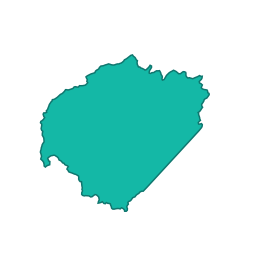 the district of Itaju do Colônia, Bahia, Brazil, rotated 235°
{"feature_id": "56859067B77750533051521", "entity_name": "Itaju do Colônia", "entity_type": "district", "adm_level": 2, "iso_a3": "BRA", "parent_name": "Brazil", "parent_adm1": "Bahia", "projection": "mercator", "projection_center": [-39.711, -15.16], "detail": "fine", "context": "isolated", "style": "filled", "palette": "teal", "viewbox_px": 256, "rotation_deg": 235, "n_neighbors": 0, "source": "geoboundaries", "source_scale": "gbopen_adm2", "svg_char_len": 3976}
<svg xmlns="http://www.w3.org/2000/svg" viewBox="0 0 256 256"><g transform="rotate(235 128 128)"><path d="M185.3,173.6L185.9,171.9L185.8,170.5L185.7,168.8L185.6,166.9L185.7,165.4L185.9,164.2L185.3,162.8L185.1,161.1L185.1,159.7L185.5,158.5L185.7,157.3L186.6,156.0L187.1,154.5L187.4,153.2L188.1,151.9L189.4,150.6L190.8,149.6L191.7,148.8L192.1,147.2L192.7,145.5L193.2,143.4L194.3,141.3L194.0,139.3L193.3,138.3L193.2,137.1L193.4,135.4L193.2,133.9L192.3,132.6L192.9,130.6L193.5,128.8L193.9,126.1L194.1,124.5L194.0,122.9L192.6,122.6L191.0,122.4L189.8,121.0L188.2,121.0L187.8,119.5L187.6,117.6L188.6,115.3L189.6,113.7L190.5,112.5L190.0,111.0L190.7,109.7L191.8,108.9L192.5,107.5L192.0,105.6L192.4,104.1L192.9,102.4L193.5,100.7L194.6,99.7L195.2,98.8L194.5,97.0L194.1,94.9L194.0,93.5L194.3,92.0L194.0,89.8L193.7,87.8L193.7,86.1L193.8,84.0L194.6,82.3L193.7,81.2L193.5,79.8L193.0,78.7L192.4,77.1L191.5,75.9L190.5,74.4L189.3,72.7L188.9,70.9L187.5,70.4L187.7,69.1L188.7,67.6L188.0,66.4L186.8,66.0L185.6,65.6L184.3,65.7L183.6,63.7L183.3,61.8L183.4,60.4L182.5,59.3L180.8,59.6L179.6,58.8L178.4,57.6L177.2,56.4L175.6,56.0L174.2,56.3L172.7,54.7L171.2,53.6L169.4,53.5L168.0,53.2L166.4,52.3L164.8,51.3L164.3,49.8L163.6,48.2L162.6,47.1L161.6,45.7L160.2,44.4L159.4,43.3L158.5,42.4L156.8,41.9L155.6,41.5L154.2,40.8L152.6,38.7L150.2,39.2L148.4,39.2L146.5,38.5L144.9,37.5L143.4,37.9L143.6,39.5L143.3,41.1L142.8,42.8L144.1,43.8L145.4,44.8L146.4,44.2L147.9,44.5L149.0,44.7L149.5,45.7L149.5,47.3L149.5,48.8L148.8,50.3L148.2,51.8L147.3,52.5L145.9,53.0L144.9,53.5L143.3,53.7L141.3,53.2L139.8,54.1L138.4,54.4L137.0,54.4L135.7,55.4L134.4,55.2L132.8,56.0L131.8,56.8L130.5,56.9L130.2,55.8L129.4,54.4L127.5,54.6L126.2,54.3L125.0,55.0L123.4,56.2L122.3,56.9L121.1,57.6L120.0,58.6L118.5,59.3L117.2,59.9L115.9,59.4L114.5,58.3L112.9,57.9L111.5,58.1L110.7,59.1L109.6,58.5L108.1,57.6L106.5,56.8L105.1,56.2L104.2,55.1L102.6,54.7L101.5,53.0L100.2,52.0L98.9,52.1L97.5,53.2L96.9,54.5L96.0,55.6L94.8,57.1L92.9,57.9L92.3,59.2L92.4,60.9L92.4,62.8L91.3,63.8L89.8,64.2L88.2,64.4L86.7,63.7L85.6,63.2L84.8,61.7L83.6,60.4L83.0,61.7L82.5,63.1L82.3,64.7L80.0,65.0L79.0,66.0L79.3,67.5L77.8,68.3L77.1,69.2L76.0,70.0L74.7,69.5L73.1,69.2L71.8,68.6L70.4,68.9L69.4,70.3L68.8,71.8L68.1,73.2L67.3,74.3L66.2,75.2L66.4,76.9L64.8,77.8L63.1,78.1L61.8,77.5L60.8,78.8L61.0,80.2L62.3,81.3L64.1,81.7L65.0,83.1L65.4,84.6L67.1,85.2L67.4,86.6L67.0,88.0L67.2,89.3L67.8,90.8L68.2,91.9L67.9,93.1L67.6,94.4L68.2,95.8L68.4,97.5L68.2,99.3L68.7,100.9L68.4,102.9L67.5,104.2L68.6,109.7L81.4,167.9L81.7,169.3L85.1,184.7L86.2,188.6L87.0,189.8L88.1,190.8L89.5,190.7L89.9,189.2L90.7,188.1L92.1,188.6L92.6,190.2L92.7,191.7L94.2,192.0L95.6,192.7L96.9,193.1L98.2,193.4L99.2,194.1L100.5,194.3L100.4,195.5L100.7,197.1L101.2,198.3L101.7,199.5L102.2,201.0L103.6,201.0L105.2,202.0L105.8,203.8L106.5,205.4L107.6,206.8L107.6,208.4L107.3,209.7L107.7,210.9L108.1,212.1L108.7,213.6L109.9,214.2L111.2,213.6L112.4,214.3L113.6,214.6L114.6,213.8L116.0,212.3L117.5,211.3L118.9,211.1L119.7,212.1L120.6,213.6L122.5,213.2L123.8,212.4L125.2,213.0L125.6,214.9L125.8,216.1L126.5,217.3L127.8,218.5L128.4,217.4L129.9,216.7L130.1,214.5L130.5,213.0L130.9,211.2L131.2,209.4L132.6,208.2L134.0,207.1L134.6,205.7L136.3,205.3L137.9,205.6L139.4,206.7L140.5,207.2L141.7,206.5L142.5,205.5L142.5,203.9L142.4,202.2L143.3,200.7L144.9,200.3L146.7,199.8L147.9,199.2L149.2,198.4L149.3,196.7L149.6,194.9L149.6,193.1L149.3,191.4L149.0,189.6L148.4,188.5L147.7,186.9L147.0,185.3L147.5,183.7L148.8,184.0L150.1,185.4L151.3,185.8L152.8,185.8L154.7,186.5L156.9,186.7L157.6,185.3L158.4,184.4L158.7,182.7L158.6,181.1L159.6,179.3L159.8,177.7L160.7,176.9L161.7,177.4L162.8,178.9L163.4,180.5L164.1,182.0L165.3,182.8L166.7,182.1L166.1,180.6L165.7,179.1L165.6,178.0L165.3,176.5L165.7,175.2L167.0,174.7L168.7,173.8L170.1,172.8L171.2,172.7L172.0,171.6L173.5,171.9L174.8,172.1L176.8,173.2L177.7,174.3L179.2,173.9L181.0,174.2L182.2,174.1L183.6,173.6L185.3,173.6Z" fill="#14b8a6" stroke="#0f766e" stroke-width="1.5"/></g></svg>